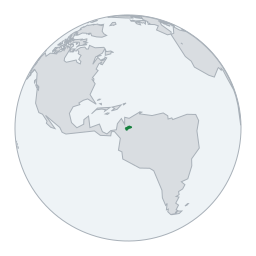 globe centered on Arauca, rotated 331°
{"feature_id": "COL-1420", "entity_name": "Arauca", "entity_type": "Intendancy", "adm_level": 1, "iso_a3": "COL", "parent_name": "Colombia", "parent_adm1": "", "projection": "orthographic", "projection_center": [-71.152, 6.563], "detail": "fine", "context": "on_globe", "style": "filled", "palette": "green", "viewbox_px": 256, "rotation_deg": 331, "n_neighbors": 0, "source": "natural_earth", "source_scale": "10m", "svg_char_len": 8332}
<svg xmlns="http://www.w3.org/2000/svg" viewBox="0 0 256 256"><g transform="rotate(331 128 128)"><circle cx="128" cy="128" r="113" fill="#eef3f6" stroke="#a8b0b8"/><path d="M114.4,124.5L111.7,123.2L109.1,126.5L100.2,121.0L97.2,114.3L70.8,103.2L68.3,99.8L68.6,94.4L62.0,77.0L63.9,93.2L60.8,90.0L58.9,84.2L60.5,82.8L59.9,74.5L57.5,71.3L59.2,61.5L67.6,49.7L68.0,51.5L70.0,48.8L69.6,46.5L68.8,45.8L75.0,36.1L74.8,31.8L71.0,33.0L74.8,31.0L65.1,35.6L62.6,36.5L67.7,34.0L70.0,32.6L69.4,32.3L71.7,30.9L72.7,30.1L75.4,28.6L78.2,27.7L80.0,26.8L79.5,26.7L81.9,25.4L82.4,25.6L86.7,23.5L92.1,22.3L91.1,25.5L96.4,24.9L101.5,28.6L103.3,27.5L106.4,28.7L109.6,28.0L109.6,29.3L112.2,27.7L111.6,26.8L112.5,25.8L114.4,25.4L114.7,26.8L113.8,27.2L114.9,27.4L114.3,28.4L115.6,27.7L115.8,29.6L118.4,27.2L120.8,28.4L120.2,29.8L116.7,30.3L106.5,36.0L104.8,38.2L105.9,40.6L115.6,43.4L115.2,45.9L117.3,48.8L119.1,46.9L118.2,44.1L122.2,41.7L120.5,38.9L121.9,37.7L121.7,34.8L125.6,34.7L129.5,36.3L129.9,38.8L131.6,39.7L134.4,37.1L138.1,41.9L145.9,45.7L146.4,47.3L141.9,50.1L134.0,50.2L128.1,55.2L135.8,51.6L137.1,56.0L138.9,56.8L141.1,56.5L142.2,54.8L143.4,56.4L136.2,60.2L135.0,58.8L137.3,57.5L133.6,57.7L128.7,61.0L129.7,63.3L121.4,66.7L122.0,68.6L120.5,70.5L120.1,67.3L120.7,73.4L111.0,80.4L111.7,91.8L106.8,83.0L102.4,82.1L97.2,82.3L97.2,84.2L90.3,82.8L83.8,86.8L81.2,95.9L83.4,103.0L91.1,103.2L93.5,99.3L99.3,98.4L94.9,109.2L104.9,110.7L103.8,118.8L106.7,123.0L111.7,121.9L117.0,123.9L120.8,119.1L126.8,116.5L126.9,123.1L130.3,117.0L133.7,120.1L145.8,119.7L144.9,121.2L155.1,128.8L166.1,131.9L168.7,136.6L167.4,139.6L171.2,140.4L171.2,142.3L186.2,144.6L193.8,149.0L193.4,155.8L186.9,163.9L180.6,180.1L168.7,185.8L165.4,192.1L155.7,201.4L148.6,200.9L150.3,205.2L146.2,207.8L141.4,208.1L140.4,211.1L136.9,211.2L139.1,213.1L133.3,216.9L134.8,219.9L130.5,222.8L131.6,224.5L130.0,224.4L128.4,225.0L128.2,225.9L123.4,224.4L122.2,220.5L124.0,218.5L121.9,218.2L125.7,212.9L123.4,214.0L124.2,205.8L127.5,198.9L129.8,177.9L127.4,173.7L118.8,168.7L108.4,152.6L111.1,145.9L108.9,142.8L116.3,133.3L114.4,124.5ZM21.9,92.9L22.8,90.4L22.5,92.0L21.9,92.9ZM23.2,88.8L22.9,89.7L23.1,89.0L23.2,88.8ZM23.2,88.3L23.2,88.7L23.2,88.3ZM23.2,88.0L23.3,88.0L23.2,88.1L23.2,88.0ZM111.0,95.8L122.4,101.3L115.8,102.0L117.1,101.0L114.2,98.7L108.8,96.6L103.0,97.9L111.0,95.8ZM23.5,86.6L23.6,86.2L23.8,86.1L23.5,86.6ZM116.3,89.4L114.3,88.9L116.3,88.9L116.3,89.4ZM68.1,45.7L69.3,46.7L68.9,49.4L67.6,48.7L68.1,45.7ZM69.3,41.2L70.5,41.0L68.2,43.5L68.2,42.8L69.3,41.2ZM67.8,34.4L68.4,34.6L67.1,35.0L67.8,34.4ZM72.4,30.3L71.5,30.8L72.4,30.2L72.4,30.3ZM119.5,35.1L120.6,35.0L120.1,35.6L119.5,35.1ZM118.5,34.1L117.1,34.9L116.4,34.6L117.3,34.1L118.5,34.1ZM77.4,27.5L79.1,26.6L77.8,27.3L77.4,27.5ZM120.2,33.3L115.3,33.9L114.1,33.3L116.2,31.1L120.2,33.3ZM87.5,22.9L84.0,24.3L82.7,25.0L82.1,25.2L80.4,25.9L82.5,24.9L87.5,22.9ZM110.6,26.6L111.3,27.6L109.0,27.2L110.6,26.6ZM108.9,26.6L100.3,27.4L100.1,25.9L103.0,25.9L101.4,24.6L105.5,23.5L107.3,24.0L106.6,25.0L108.7,23.8L108.9,26.6ZM92.8,21.0L94.3,20.5L93.3,20.9L92.8,21.0ZM112.7,25.4L111.0,25.6L110.7,24.3L114.1,23.8L113.1,24.4L112.7,25.4ZM99.0,24.9L99.4,24.0L102.8,22.8L103.4,22.3L105.6,23.3L99.0,24.9ZM114.1,24.4L115.8,23.6L117.6,23.9L114.4,25.2L114.1,24.4ZM109.2,24.3L109.2,23.7L110.3,23.8L109.2,24.3ZM125.0,24.9L123.0,24.9L122.7,24.2L125.0,24.9ZM116.3,23.3L115.7,23.2L115.3,23.0L116.8,22.5L116.3,23.3ZM107.9,22.5L109.2,22.3L107.1,22.1L109.6,21.4L110.6,22.2L111.2,21.6L112.0,21.4L112.0,22.3L107.9,22.5ZM117.2,21.5L119.3,22.7L123.2,22.7L123.6,23.3L117.3,23.1L117.2,21.5ZM114.1,21.9L116.1,21.7L115.6,22.4L113.9,22.9L114.1,21.9ZM110.9,20.6L106.9,21.5L106.8,21.3L110.9,20.6ZM118.4,21.3L117.9,21.1L118.7,21.2L118.4,21.3ZM113.4,20.6L111.9,20.9L111.9,20.7L113.4,20.6ZM118.0,20.4L118.7,20.7L117.5,21.0L118.0,20.4ZM115.9,20.4L116.2,20.0L116.7,21.0L115.3,20.5L115.9,20.4ZM113.5,20.4L113.0,20.3L114.1,20.3L113.5,20.4ZM121.8,19.2L122.7,20.3L120.3,20.9L119.7,19.7L121.8,19.2ZM131.3,227.6L123.8,224.9L128.1,226.2L131.0,224.7L134.9,226.7L131.3,227.6ZM140.0,223.8L143.4,223.0L144.2,223.4L142.1,224.1L140.0,223.8ZM213.2,54.3L213.8,55.0L216.7,58.5L216.9,58.9L218.5,60.9L214.0,55.6L212.1,53.4L206.2,48.8L208.4,51.1L214.1,55.9L213.7,55.7L216.7,59.6L214.1,56.6L207.3,51.3L207.2,54.1L212.3,64.9L211.2,66.6L207.8,65.7L200.5,56.1L204.0,53.4L201.5,50.5L196.2,47.3L197.7,47.0L196.0,45.5L196.9,44.6L193.6,40.4L193.8,39.4L188.2,35.3L187.5,34.4L191.0,37.0L193.6,38.5L193.5,36.9L192.2,35.8L188.6,33.4L189.0,33.5L185.5,31.4L183.4,29.9L183.0,30.1L178.7,27.9L175.1,25.9L173.6,25.3L179.6,28.6L182.0,30.0L184.2,31.0L190.7,35.5L191.7,36.7L184.6,32.6L185.2,34.0L179.4,30.7L166.9,22.9L163.8,21.4L166.4,22.1L171.3,24.0L172.0,24.3L179.7,27.9L187.2,32.2L194.3,36.9L201.0,42.2L207.3,48.0L213.2,54.3ZM227.8,180.2L228.1,179.7L235.1,161.7L237.7,152.5L238.9,145.9L238.9,132.4L239.1,124.0L238.4,121.0L237.5,122.6L236.4,119.0L235.5,119.4L228.2,125.3L224.3,121.1L215.6,106.9L215.7,100.2L212.8,93.3L211.0,67.0L214.0,67.3L216.4,61.8L217.3,62.2L220.6,67.4L225.3,71.6L222.5,66.8L222.8,67.1L226.8,73.9L230.4,81.0L233.4,88.3L235.9,95.8L237.9,103.4L239.4,111.2L240.3,119.0L240.6,126.9L240.4,134.9L239.7,142.7L238.4,150.5L236.5,158.2L234.1,165.8L231.2,173.1L227.8,180.2ZM215.5,79.2L216.5,81.3L215.5,79.2ZM146.2,119.6L147.7,120.8L145.7,120.9L146.2,119.6ZM114.9,104.7L117.3,104.8L118.6,105.8L116.7,106.2L114.9,104.7ZM135.5,104.6L138.4,105.2L135.4,105.7L135.5,104.6ZM124.2,102.0L133.3,104.5L127.5,106.4L121.8,105.0L125.8,104.4L124.2,102.0ZM115.1,93.1L116.6,93.5L116.1,94.7L115.1,93.1ZM117.7,89.4L117.1,89.5L116.4,88.5L117.7,89.4ZM137.5,55.8L138.1,55.5L140.3,55.7L139.3,56.4L137.5,55.8ZM150.3,52.3L152.0,55.0L150.0,53.4L148.9,54.8L143.4,53.4L146.4,48.0L146.0,50.6L150.3,52.3ZM136.8,50.6L140.0,51.7L136.4,50.7L136.8,50.6ZM185.7,39.5L187.4,39.9L189.3,41.7L189.0,43.9L186.3,41.2L185.7,39.5ZM189.5,40.3L182.5,36.1L182.4,34.9L183.7,36.3L184.3,35.9L186.5,38.0L193.2,41.2L195.2,43.1L193.6,45.5L193.0,43.6L191.3,43.1L189.5,40.3ZM164.9,30.7L161.9,29.7L165.6,28.2L168.0,29.4L167.9,31.4L165.0,31.2L164.9,30.7ZM124.9,29.6L123.5,29.9L123.4,29.4L124.6,28.8L124.9,29.6ZM124.1,24.9L130.9,28.0L129.7,28.4L135.2,30.1L134.0,32.0L130.5,30.7L133.7,33.7L130.1,33.3L132.6,35.3L124.9,32.3L121.8,32.4L125.7,31.6L126.9,29.7L126.4,29.0L122.8,27.1L116.6,26.7L116.8,25.1L118.5,24.2L120.0,24.0L119.5,25.0L121.9,24.1L122.2,25.4L124.1,24.9ZM139.0,18.0L137.7,18.5L142.6,18.4L143.0,19.1L143.5,19.1L145.2,19.8L148.2,20.7L147.8,21.1L149.1,21.3L150.3,21.9L152.0,22.4L151.9,23.3L154.0,24.1L152.7,24.1L156.3,25.2L153.6,24.8L154.8,25.8L156.8,25.6L152.3,30.8L152.5,33.8L154.2,36.7L149.3,36.0L144.7,33.1L140.9,29.6L141.4,27.0L139.1,27.4L138.7,26.4L140.7,26.5L137.4,25.7L137.5,24.9L134.1,22.8L129.3,22.5L127.9,21.9L129.9,21.6L127.1,21.2L130.0,20.4L129.1,20.0L130.9,18.9L135.3,19.0L134.0,18.5L135.3,17.9L139.0,18.0ZM122.5,18.9L127.6,18.4L130.3,18.7L125.9,20.4L126.3,20.9L123.6,22.4L119.7,22.1L120.9,21.6L121.1,21.2L122.2,21.4L121.4,20.9L123.0,20.3L122.8,19.8L124.5,19.7L122.5,18.9ZM216.1,60.0L216.4,60.0L216.3,59.3L218.2,61.9L216.1,60.0ZM211.6,56.5L211.5,55.9L214.2,58.9L213.9,59.1L211.6,56.5ZM209.2,53.2L211.3,55.6L210.0,54.5L209.2,53.2ZM190.7,36.5L190.4,35.9L191.3,36.4L192.5,37.4L190.7,36.5ZM153.7,19.1L152.5,19.1L151.9,18.9L148.0,18.3L147.5,17.9L149.6,18.1L153.7,19.1ZM152.4,18.6L150.9,18.4L151.6,18.3L152.4,18.6ZM146.8,17.6L147.2,17.4L146.9,17.7L146.8,17.6ZM143.3,16.4L145.1,16.7L144.6,16.7L143.3,16.4ZM93.9,20.7L94.2,20.6L93.0,20.9L93.4,20.8L93.9,20.7Z" fill="#d9dde1" stroke="#a8b0b8" stroke-width="1"/><path d="M126.4,127.1L126.6,127.2L126.8,127.1L127.0,127.1L127.3,127.1L127.5,127.1L127.8,127.2L128.0,127.2L128.3,127.2L128.5,127.1L128.8,126.9L128.9,127.0L129.0,127.0L129.3,127.1L129.6,127.3L129.8,127.2L130.0,127.2L130.1,127.3L130.2,127.5L130.4,127.7L130.5,127.9L130.7,128.0L130.8,128.2L131.0,128.4L131.1,128.6L131.3,128.8L131.2,129.0L130.7,129.0L130.4,129.0L130.4,128.9L130.2,128.8L130.2,128.7L129.9,128.6L129.7,128.6L129.4,128.6L129.2,128.7L128.9,128.7L128.7,128.7L128.4,128.7L128.2,128.6L127.9,128.6L127.7,128.6L127.4,128.7L127.2,128.7L126.9,128.7L126.6,128.8L126.4,128.8L126.2,128.9L126.1,129.0L126.0,128.9L125.9,128.9L125.8,128.7L125.7,128.7L125.7,128.4L125.8,128.4L125.8,128.2L125.9,128.3L125.9,128.2L126.0,128.2L126.1,127.7L126.3,127.5L126.3,127.4L126.4,127.2L126.4,127.1Z" fill="#22c55e" stroke="#15803d" stroke-width="1.5"/></g></svg>